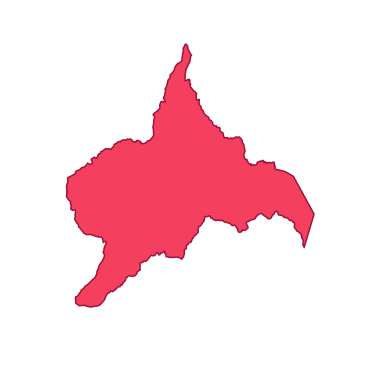 the district of Tarata, Tacna, Peru, rotated 16°
{"feature_id": "86281439B57455266090466", "entity_name": "Tarata", "entity_type": "district", "adm_level": 2, "iso_a3": "PER", "parent_name": "Peru", "parent_adm1": "Tacna", "projection": "equal_earth", "projection_center": [-69.943, -17.407], "detail": "fine", "context": "isolated", "style": "filled", "palette": "rose", "viewbox_px": 384, "rotation_deg": 16, "n_neighbors": 0, "source": "geoboundaries", "source_scale": "gbopen_adm2", "svg_char_len": 6046}
<svg xmlns="http://www.w3.org/2000/svg" viewBox="0 0 384 384"><g transform="rotate(16 192 192)"><path d="M68.6,212.5L68.8,214.0L69.7,215.5L70.0,216.8L69.6,219.1L70.0,222.1L70.6,222.9L71.2,225.0L72.1,225.8L72.1,226.3L71.7,226.4L72.4,229.4L72.4,230.7L75.4,233.5L77.8,234.7L78.7,237.5L79.8,238.3L80.0,241.2L80.5,242.1L82.5,242.5L84.3,241.4L84.9,241.5L85.4,242.7L85.9,246.0L86.7,248.2L86.7,250.3L87.6,251.5L88.8,252.3L89.4,253.3L91.0,254.1L92.2,255.4L92.4,256.5L92.8,256.9L94.2,257.5L99.4,261.4L102.3,262.0L106.0,260.8L113.8,261.1L115.8,260.8L117.1,260.2L118.1,260.8L119.2,262.0L120.6,264.9L122.1,263.3L123.6,264.2L123.0,270.5L123.5,272.6L123.1,274.2L125.5,277.1L125.5,278.5L124.8,283.4L123.9,285.2L123.0,288.4L123.1,291.3L122.6,294.6L123.0,296.6L122.6,300.4L121.9,302.0L120.6,303.6L117.6,309.1L116.4,310.8L115.4,311.7L114.1,315.1L112.5,316.9L112.7,318.3L112.3,319.5L111.5,320.5L111.4,322.2L110.5,323.9L109.2,324.9L109.2,326.6L110.1,327.9L110.5,329.7L111.2,331.1L115.0,332.4L120.2,330.5L122.6,330.8L127.1,330.3L128.2,329.4L129.3,329.1L130.0,328.3L131.2,328.2L133.0,327.4L134.8,325.7L137.7,319.5L137.7,317.2L138.5,313.7L139.1,312.3L140.2,311.8L141.2,309.6L143.1,309.7L144.3,308.3L144.7,307.1L145.4,306.9L147.2,303.4L148.8,302.9L149.1,301.0L150.3,300.8L150.8,298.6L152.4,295.0L152.1,292.6L153.2,292.0L153.7,290.4L154.2,289.9L157.5,289.6L160.0,288.4L161.5,285.9L161.4,283.9L163.7,281.0L163.1,279.8L161.7,274.7L162.6,273.8L163.9,273.5L164.8,271.4L166.5,271.5L168.0,269.4L169.8,264.8L170.4,264.0L171.5,264.2L173.5,263.5L175.0,259.9L175.8,259.9L177.6,261.6L178.5,260.8L178.6,259.5L180.0,258.9L181.0,257.1L181.7,256.7L182.2,256.8L182.5,258.2L184.4,259.4L185.1,261.4L185.8,261.0L188.3,261.1L191.5,260.2L195.5,258.6L197.3,258.8L198.5,258.5L200.6,259.4L201.7,256.9L201.6,252.9L200.7,250.4L201.0,248.9L202.1,248.2L201.6,245.8L201.7,244.9L202.6,243.2L203.0,242.0L205.0,240.1L205.1,237.3L206.0,235.3L206.1,234.1L206.8,232.9L207.4,232.5L207.8,231.1L208.9,229.5L208.9,227.7L208.1,226.4L208.3,224.7L207.9,223.4L209.3,222.3L209.8,221.5L211.0,217.5L211.6,216.6L211.2,212.7L211.4,212.1L213.4,211.5L214.6,210.5L216.4,210.2L217.2,211.8L218.6,211.3L219.6,212.3L221.1,212.7L222.8,212.9L224.7,211.8L227.7,211.6L229.1,210.8L231.1,211.8L236.8,211.7L240.0,213.2L242.1,212.2L243.5,212.7L244.2,213.6L246.1,215.1L246.4,216.3L247.9,217.6L249.1,217.6L250.5,216.6L251.3,214.4L253.0,214.4L253.8,214.0L255.7,211.3L255.4,210.1L253.0,207.4L252.7,206.0L255.2,204.1L255.7,203.2L259.7,200.6L260.1,200.1L260.3,198.7L261.2,196.6L262.7,194.5L264.9,193.4L267.1,194.6L271.1,195.8L272.1,196.7L274.1,196.4L275.2,195.1L275.3,194.0L276.2,191.3L277.0,190.4L277.1,188.5L278.6,187.0L280.1,188.1L281.5,190.3L282.5,189.8L283.5,190.0L284.7,189.7L285.8,190.0L286.7,190.7L287.5,190.6L287.9,191.1L289.4,190.5L290.2,190.8L290.8,190.6L292.9,191.9L294.3,192.4L295.3,191.9L296.5,192.4L297.3,193.3L298.8,193.3L299.6,194.7L299.8,197.2L300.9,198.6L302.8,199.7L303.5,200.6L304.6,200.6L306.5,201.6L307.9,201.9L309.1,203.6L309.7,203.8L309.9,204.7L309.7,205.2L310.3,205.5L310.7,206.5L311.7,207.2L312.8,209.2L313.0,211.9L313.9,212.9L314.2,213.6L315.1,214.1L315.4,179.6L285.1,149.0L277.0,146.9L273.6,146.7L265.6,147.1L264.8,145.3L265.0,144.5L263.7,143.7L263.8,142.7L263.0,141.6L263.0,140.9L262.6,140.8L261.6,141.0L260.1,142.3L258.6,142.1L257.3,142.9L256.6,142.8L256.0,143.6L255.4,143.3L254.9,143.8L253.9,142.7L253.1,143.7L251.9,142.2L251.4,142.1L250.2,143.4L249.0,143.5L247.8,144.8L246.8,145.1L246.6,145.9L246.8,146.6L245.8,148.6L244.1,149.1L243.3,148.8L243.2,149.5L242.5,149.3L241.3,150.1L240.9,148.8L239.9,149.2L238.9,149.0L236.2,146.6L235.9,145.7L234.4,145.9L232.7,144.4L231.9,143.1L231.5,141.2L231.7,138.0L230.5,135.6L229.6,134.6L229.2,132.9L227.9,131.4L226.9,130.8L226.4,129.8L226.2,128.8L224.6,127.4L222.3,126.1L221.5,126.3L221.2,126.9L219.1,126.9L217.9,128.4L216.8,128.7L216.4,129.7L214.3,129.4L212.8,130.7L211.9,130.2L210.6,130.1L209.2,130.7L207.7,130.7L205.4,126.6L202.5,126.0L201.7,124.8L201.4,123.0L200.7,122.5L198.5,122.8L197.2,122.3L197.1,121.8L196.5,122.1L194.2,121.9L193.3,121.1L192.7,119.8L191.0,118.2L189.0,117.8L187.2,115.5L183.0,114.1L182.6,113.5L181.8,113.2L180.7,111.2L177.9,109.3L177.4,108.8L177.4,108.0L177.0,107.4L174.7,105.9L173.5,101.2L173.0,101.1L171.4,102.3L171.0,102.2L169.7,99.5L169.7,98.5L169.2,97.9L169.4,96.5L169.2,95.7L167.9,95.5L166.9,94.5L166.0,94.6L162.6,92.0L161.8,91.7L160.9,90.1L160.8,88.8L160.2,88.4L160.0,88.2L160.4,88.2L159.4,87.1L159.5,86.4L159.2,85.2L158.6,84.6L158.4,84.6L158.2,85.4L157.6,85.4L157.5,84.8L156.6,85.2L155.8,86.5L154.4,86.7L154.0,85.2L153.9,83.6L152.8,80.6L153.0,80.0L152.5,76.0L152.7,73.7L153.0,73.2L153.4,70.2L154.0,67.7L153.3,62.2L153.8,60.6L152.6,59.7L149.8,56.9L148.2,54.9L148.0,53.7L147.6,53.1L146.1,51.8L145.1,51.6L144.8,52.0L144.0,56.6L144.8,58.6L144.9,61.3L145.6,66.6L146.1,67.9L146.0,69.1L144.9,70.6L143.0,72.3L142.1,73.9L141.3,76.3L141.3,79.9L140.2,83.1L138.9,84.9L138.8,86.4L139.5,88.1L138.2,90.8L138.4,96.8L138.2,99.1L137.8,100.1L137.8,100.7L138.6,101.9L138.9,102.9L138.7,104.3L139.1,106.6L138.7,109.4L139.7,110.9L141.1,111.8L141.4,112.6L140.9,113.1L138.1,113.2L137.2,114.1L137.0,117.4L137.8,119.3L137.9,120.6L136.7,123.0L133.5,127.5L133.4,128.1L133.6,128.8L135.1,129.7L135.4,130.3L135.6,134.2L136.3,137.2L136.5,140.3L137.6,142.4L139.5,148.1L139.0,150.4L138.2,151.7L137.5,153.7L135.2,155.2L134.1,157.5L131.2,159.2L129.5,159.1L129.5,158.5L128.9,157.9L128.0,157.6L125.7,157.3L124.5,158.0L124.3,159.6L123.0,159.3L121.5,160.0L119.6,158.4L118.2,158.0L117.2,158.9L115.4,158.8L114.3,160.3L113.0,160.4L111.8,161.1L111.1,161.0L110.6,161.5L110.3,162.4L109.6,162.7L109.3,163.3L109.0,163.0L107.9,164.0L106.8,164.4L106.2,165.7L105.5,166.2L104.5,167.6L104.3,167.6L104.1,170.2L103.2,171.1L102.3,173.6L100.5,173.2L99.2,173.8L97.0,174.2L94.6,177.4L93.3,178.3L93.2,180.3L91.7,181.4L91.4,185.1L89.9,185.8L88.5,185.5L86.4,187.8L86.1,188.8L87.8,190.3L88.2,191.1L87.7,192.8L86.7,193.5L83.6,193.2L82.8,196.0L80.8,198.3L79.4,198.8L78.3,200.8L77.3,202.1L75.3,203.3L74.6,204.5L74.6,206.0L74.2,207.3L68.6,212.5Z" fill="#f43f5e" stroke="#9f1239" stroke-width="1.5"/></g></svg>